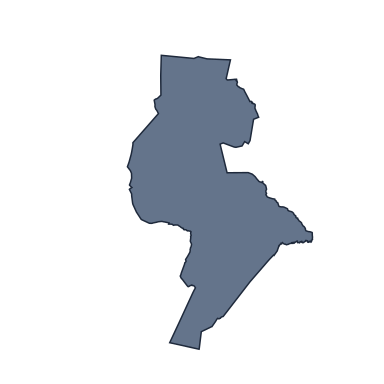 Valkenswaard, Noord-Brabant, Netherlands, rotated 139°
{"feature_id": "6326949B31690191590270", "entity_name": "Valkenswaard", "entity_type": "district", "adm_level": 2, "iso_a3": "NLD", "parent_name": "Netherlands", "parent_adm1": "Noord-Brabant", "projection": "natural_earth1", "projection_center": [5.439, 51.32], "detail": "fine", "context": "isolated", "style": "filled", "palette": "slate", "viewbox_px": 384, "rotation_deg": 139, "n_neighbors": 0, "source": "geoboundaries", "source_scale": "gbopen_adm2", "svg_char_len": 5652}
<svg xmlns="http://www.w3.org/2000/svg" viewBox="0 0 384 384"><g transform="rotate(139 192 192)"><path d="M125.5,315.3L139.1,300.5L151.9,285.5L156.6,285.3L156.9,285.4L157.9,285.7L158.1,285.9L159.2,286.1L160.3,286.1L161.7,283.7L162.1,283.0L162.6,282.2L164.0,280.7L165.0,278.3L165.0,277.0L165.2,275.9L165.9,273.2L204.2,268.0L205.5,266.5L208.5,264.0L211.1,261.9L213.2,260.3L219.8,255.9L224.2,253.4L224.5,248.6L225.4,245.8L228.5,242.0L232.5,239.4L234.3,238.5L234.3,238.2L234.7,238.0L234.4,234.8L236.4,235.1L237.5,235.1L238.8,230.2L240.1,228.6L244.1,222.6L244.4,222.0L244.7,221.4L247.1,213.3L248.2,205.5L248.3,204.9L248.2,204.4L248.1,204.0L247.3,202.2L244.7,196.4L244.4,196.1L243.2,195.0L242.9,194.7L241.5,194.1L238.9,192.6L237.0,191.7L234.3,189.8L233.8,189.3L232.8,187.9L232.4,187.5L229.8,184.0L229.6,183.7L230.4,183.3L230.7,183.1L229.5,182.0L228.8,181.4L228.0,180.4L227.9,180.0L228.0,179.5L227.9,179.2L227.6,178.8L227.1,178.7L226.6,178.4L224.7,176.7L224.4,176.4L224.0,174.7L223.6,173.6L223.5,172.5L223.0,171.0L222.4,170.2L222.5,169.9L222.8,169.7L222.9,169.2L222.7,168.6L222.1,168.2L221.4,167.5L221.3,167.4L221.1,166.0L221.0,165.7L220.8,165.5L220.4,165.5L219.9,164.6L219.0,163.6L218.8,163.0L218.8,162.9L218.9,162.6L219.2,162.6L219.6,162.1L220.1,161.7L220.4,161.4L220.5,161.2L220.8,160.3L221.1,159.8L221.3,159.6L222.0,159.6L222.6,158.7L223.2,158.1L223.8,157.5L225.0,156.5L225.5,156.0L225.6,155.9L226.4,153.3L226.6,152.9L227.4,152.2L228.6,151.3L229.5,151.0L229.8,150.8L230.4,150.3L231.0,149.9L231.3,149.7L231.8,148.9L232.5,148.4L233.2,147.9L233.7,147.7L234.3,147.5L237.0,146.5L238.9,145.9L241.0,145.3L241.3,145.1L241.7,144.0L242.0,143.6L242.4,143.4L243.0,143.3L243.6,143.3L244.0,143.2L245.0,142.4L252.8,138.1L253.7,137.6L254.2,137.1L255.3,136.6L255.8,136.4L256.0,136.3L256.1,136.1L256.7,134.0L256.7,133.2L256.6,132.7L257.1,124.8L257.1,123.3L257.0,123.1L256.6,122.8L255.3,122.6L254.7,122.5L254.1,122.2L253.3,122.0L253.1,121.9L253.1,121.7L253.2,121.3L252.5,120.6L252.3,120.3L252.0,119.4L252.3,117.4L255.0,116.4L257.2,115.5L288.3,101.5L307.7,92.9L289.8,68.7L288.9,69.4L276.6,80.5L265.6,77.5L265.3,77.3L259.0,78.9L256.7,79.7L255.8,79.7L255.7,79.6L255.4,79.7L255.1,78.9L255.0,78.7L254.4,78.4L253.9,78.4L253.7,78.3L253.4,78.1L253.2,78.1L253.0,78.3L252.7,78.4L252.0,78.3L251.1,78.1L250.4,77.7L250.1,77.6L207.0,86.2L181.1,89.9L177.3,90.4L171.8,90.9L171.7,90.3L166.1,91.7L165.6,92.1L163.1,93.5L161.7,94.4L161.6,94.1L159.9,94.7L158.8,94.2L158.8,94.4L158.5,94.9L158.2,94.7L157.8,94.5L157.2,94.4L156.9,94.4L157.0,93.8L156.5,92.1L155.8,91.4L155.5,90.5L155.2,90.1L154.8,90.0L153.8,89.4L152.9,89.2L151.5,88.7L151.1,88.3L150.5,87.9L150.2,87.9L149.9,88.3L149.0,87.7L149.5,87.7L149.8,87.5L149.8,87.2L149.7,87.1L149.4,86.9L148.8,87.1L148.7,87.1L148.6,86.6L148.3,86.3L147.6,86.4L146.6,86.3L145.6,86.2L144.8,86.0L144.8,85.8L144.8,85.7L145.2,85.3L145.4,84.7L145.5,84.5L145.4,84.3L144.5,83.8L144.3,83.6L144.2,83.1L143.9,83.1L143.5,83.4L143.2,83.4L142.9,83.4L142.2,82.9L142.4,82.5L142.3,82.4L142.1,82.4L141.7,82.8L141.5,82.6L142.0,81.8L142.0,81.6L141.9,81.3L141.4,81.2L141.0,80.6L140.6,80.6L139.9,80.7L139.0,80.4L138.6,80.4L138.2,80.8L137.9,80.8L137.1,79.8L137.0,79.6L136.9,79.3L137.0,79.1L137.5,78.9L137.5,78.0L137.2,77.7L136.9,77.6L135.9,77.8L135.8,77.6L135.8,77.2L135.1,77.2L135.1,76.3L135.1,76.1L134.7,76.1L133.9,76.5L133.6,76.9L133.4,77.2L132.6,77.0L132.1,77.2L131.7,77.9L131.0,78.5L130.2,79.5L129.6,80.4L128.1,82.2L127.9,82.6L128.1,83.0L128.5,83.7L129.1,84.7L129.6,85.2L130.1,85.7L131.4,87.9L131.4,88.2L131.1,89.0L130.9,89.5L130.5,89.9L130.4,90.6L130.2,90.9L130.1,92.5L130.4,93.1L130.3,94.3L130.2,95.1L129.9,96.3L129.6,96.8L129.7,98.4L129.8,98.8L130.0,99.4L130.1,100.1L129.9,101.2L130.0,101.9L129.9,102.2L129.5,102.6L129.4,102.9L129.4,103.0L129.6,103.3L130.1,103.7L130.2,104.0L130.1,105.1L129.5,105.5L129.4,105.9L129.4,106.1L129.6,106.6L129.6,107.3L129.7,107.6L129.8,107.8L129.6,108.6L129.3,109.2L129.4,110.5L129.4,110.8L129.6,111.4L130.0,112.2L130.3,112.6L131.2,114.0L131.4,114.6L131.6,115.0L131.6,115.3L131.0,116.5L131.0,116.8L131.2,117.4L132.4,120.1L133.2,121.2L134.0,121.8L135.3,123.3L135.6,123.9L135.7,124.3L135.6,124.7L134.5,127.2L134.3,127.8L134.7,128.4L134.7,128.7L134.6,129.3L134.6,129.6L134.3,130.5L134.6,131.2L134.6,131.7L134.3,132.2L134.2,132.3L134.3,132.5L135.7,134.2L137.3,136.7L138.3,138.6L138.4,138.9L138.4,139.4L138.0,140.8L138.1,141.1L137.9,141.6L137.6,141.8L136.8,141.9L136.6,142.1L136.5,142.4L136.5,143.0L136.4,143.3L136.2,143.6L135.3,144.6L134.2,145.0L133.9,145.2L132.4,148.0L132.1,148.8L132.1,149.1L132.3,149.4L132.4,150.3L132.5,152.9L132.2,153.3L131.8,153.5L132.0,153.8L132.7,153.6L133.0,153.2L134.5,155.9L134.5,159.5L134.3,162.1L134.8,165.9L136.9,169.8L152.9,183.5L139.4,209.7L136.3,208.6L130.7,198.3L129.5,196.9L124.0,193.9L119.2,195.5L117.9,191.5L114.5,192.7L97.8,206.5L92.7,204.7L92.6,205.2L92.4,205.3L92.1,206.5L91.8,207.0L91.3,208.1L91.0,209.5L90.8,210.0L90.8,210.3L90.6,210.6L90.4,211.7L90.0,212.5L89.8,212.8L89.8,213.3L89.8,213.5L89.2,214.3L87.4,216.0L87.0,216.6L87.0,216.9L87.1,217.5L87.7,218.3L87.8,218.6L88.0,218.7L88.1,219.2L88.4,219.7L88.5,220.1L88.4,220.3L87.8,220.1L87.6,220.1L87.9,221.7L89.0,222.4L88.9,222.6L88.8,222.8L87.3,228.9L87.1,229.8L87.0,230.2L86.3,233.3L85.6,235.6L85.7,235.9L86.4,237.1L87.0,238.4L87.5,239.4L87.5,240.2L87.6,240.5L87.9,240.8L88.0,241.1L87.9,242.9L88.0,243.1L88.0,243.4L87.4,243.9L87.3,244.2L86.5,244.6L85.9,244.9L85.7,245.1L85.4,245.9L85.3,246.0L85.5,246.4L85.6,246.5L85.1,247.0L85.3,247.5L84.7,247.3L84.4,247.9L86.3,249.4L86.7,249.6L91.4,253.0L91.7,253.3L91.9,253.5L91.9,255.1L76.3,266.5L93.3,282.6L98.1,289.4L98.4,290.0L102.9,291.5L125.5,315.3Z" fill="#64748b" stroke="#1e293b" stroke-width="1.5"/></g></svg>